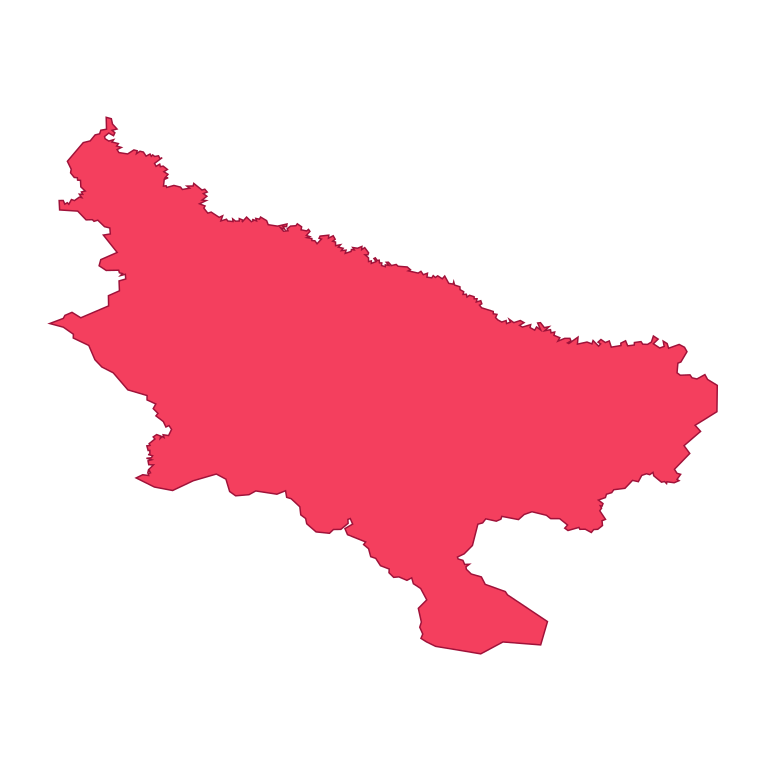 outline of Balzar, Guayas, Ecuador, rotated 269°
{"feature_id": "8360857B55301947791088", "entity_name": "Balzar", "entity_type": "district", "adm_level": 2, "iso_a3": "ECU", "parent_name": "Ecuador", "parent_adm1": "Guayas", "projection": "equal_earth", "projection_center": [-79.85, -1.302], "detail": "fine", "context": "isolated", "style": "filled", "palette": "rose", "viewbox_px": 768, "rotation_deg": 269, "n_neighbors": 0, "source": "geoboundaries", "source_scale": "gbopen_adm2", "svg_char_len": 6132}
<svg xmlns="http://www.w3.org/2000/svg" viewBox="0 0 768 768"><g transform="rotate(269 384 384)"><path d="M655.5,110.9L643.6,111.0L642.7,105.3L639.1,104.0L638.1,99.5L632.2,94.5L630.6,87.5L612.2,71.3L604.2,75.0L600.6,74.3L595.9,77.9L595.6,81.0L593.2,81.2L592.9,84.1L586.4,84.3L582.2,88.6L581.3,84.8L578.9,86.1L579.1,82.7L575.6,85.1L576.2,82.7L572.8,77.7L573.9,74.7L569.2,72.0L570.8,70.5L569.4,68.0L573.1,66.5L573.1,62.4L563.7,62.7L562.2,80.8L553.3,89.0L553.4,95.3L551.7,96.9L552.8,100.7L546.2,107.3L544.8,112.6L538.8,113.0L537.8,106.0L520.2,119.5L513.3,103.0L507.2,101.2L502.4,108.2L502.4,120.7L499.8,121.4L499.0,124.4L497.0,122.4L498.2,127.3L493.5,127.6L491.7,120.9L481.8,121.1L477.1,110.0L466.9,110.0L455.5,82.0L461.1,73.3L458.2,66.2L455.2,64.5L450.3,50.8L446.4,64.4L439.2,74.3L435.4,74.1L427.7,89.5L413.3,95.4L405.9,102.2L399.9,113.5L382.6,127.8L376.6,146.9L372.2,146.8L368.0,155.5L363.4,152.8L358.6,157.5L356.1,155.4L350.3,162.7L344.8,165.2L346.2,168.3L342.3,170.8L336.2,167.7L337.1,162.3L334.3,163.1L335.3,161.3L333.5,159.3L335.8,159.9L337.4,155.8L335.1,152.3L333.0,154.0L328.5,148.1L326.7,149.0L326.3,145.8L321.6,147.0L321.7,148.7L317.8,148.7L317.6,146.9L316.3,151.4L314.3,150.1L313.9,145.2L312.3,150.3L311.3,146.7L307.4,147.4L307.2,152.1L302.4,147.1L300.2,146.5L301.3,148.0L299.3,149.0L298.6,146.7L296.6,147.1L297.5,141.2L294.4,134.5L285.0,152.6L281.2,170.8L290.6,191.6L296.9,214.8L291.6,224.3L279.2,227.8L274.8,233.7L275.7,247.1L279.3,253.9L275.7,275.0L279.0,283.7L272.4,284.7L270.9,289.2L262.7,297.7L254.6,298.5L250.9,303.3L245.6,304.3L237.3,313.5L235.7,326.9L239.4,330.9L239.4,338.3L245.3,345.7L249.2,345.5L250.1,347.9L244.5,350.2L240.1,342.4L234.0,344.9L226.4,362.9L223.8,360.8L219.6,365.7L211.6,367.7L209.8,372.7L202.4,377.3L198.9,386.0L195.2,385.7L190.5,390.3L190.9,395.5L187.3,403.5L189.7,408.3L183.8,409.9L178.9,417.1L167.4,423.0L159.1,414.4L145.3,417.2L140.2,415.5L133.3,418.4L129.0,416.5L125.4,422.0L120.8,431.0L112.5,476.0L124.0,498.4L120.4,536.1L143.6,543.3L171.0,503.8L174.3,501.7L181.9,481.7L189.4,478.0L192.5,467.9L197.3,463.1L199.8,462.8L202.3,466.2L202.2,461.5L206.3,459.8L207.8,455.0L209.7,454.4L212.8,461.2L221.0,469.6L242.2,475.4L243.4,480.2L247.4,483.4L244.9,493.9L246.8,498.5L249.6,499.5L246.1,516.1L251.1,521.9L253.7,529.7L249.9,544.1L246.5,548.2L246.3,557.3L239.8,565.1L236.7,562.2L234.3,565.4L237.2,576.4L235.3,577.3L235.3,582.7L231.9,588.7L234.8,591.1L235.0,595.2L238.7,600.0L243.5,599.6L244.8,603.1L253.5,597.5L256.1,599.4L258.5,598.1L258.1,599.9L260.6,600.9L264.2,596.3L266.6,603.4L269.9,604.5L271.4,609.8L274.3,611.9L275.5,623.1L283.3,630.8L281.9,636.6L288.1,640.1L289.7,644.9L288.7,648.1L290.9,651.4L287.5,652.1L281.0,659.7L281.6,662.8L279.5,664.8L281.3,665.2L280.2,672.4L282.2,677.3L283.5,675.3L288.5,679.0L289.6,675.4L293.7,672.9L309.2,688.5L317.1,682.9L331.1,699.7L337.3,694.3L350.5,716.4L376.8,717.2L382.9,707.6L387.8,705.0L383.6,697.0L384.8,692.1L387.8,690.1L387.6,680.4L390.1,677.2L399.7,678.2L400.8,681.2L411.0,687.5L415.5,685.1L418.4,679.8L414.8,669.2L419.5,667.8L422.0,663.9L416.7,664.8L415.2,660.3L419.5,654.0L424.1,658.9L427.3,654.2L421.3,652.1L419.0,648.2L419.3,643.4L421.9,641.7L421.1,635.1L418.6,634.9L417.9,628.3L423.0,626.3L420.7,621.5L418.3,621.6L416.9,611.9L423.1,610.0L421.6,606.0L424.7,601.7L422.1,598.7L420.3,601.3L418.1,599.2L423.8,593.8L420.5,592.6L422.4,587.7L420.5,578.1L427.5,578.8L421.2,569.5L421.9,568.2L423.8,571.7L426.4,570.7L426.5,565.5L423.8,558.6L427.2,560.6L429.7,554.8L433.0,555.6L432.3,551.9L435.4,551.4L434.4,545.5L438.4,550.0L437.6,545.3L442.6,541.5L442.3,538.7L435.3,541.6L438.4,537.5L435.2,535.6L437.9,531.0L440.8,531.7L438.5,523.4L440.3,520.5L442.9,525.1L445.1,521.4L443.1,514.9L446.5,510.3L443.6,511.5L442.3,507.6L445.3,507.2L443.9,502.8L446.1,498.9L448.5,496.7L451.6,498.2L452.3,494.5L454.6,494.5L458.5,482.9L461.2,480.8L462.5,483.2L465.6,482.2L464.4,477.7L467.6,478.5L467.6,475.7L469.7,475.6L471.2,471.1L469.5,468.5L472.3,467.9L472.2,464.6L474.9,465.3L477.0,461.7L479.9,461.6L481.7,456.3L484.9,455.5L482.7,454.9L483.5,450.5L490.9,446.6L488.2,444.1L491.2,439.6L489.6,437.2L491.5,435.1L489.3,433.6L490.1,428.8L494.0,429.4L492.6,425.2L496.0,422.9L494.3,420.1L496.7,410.2L497.8,412.4L500.6,409.3L501.5,400.1L503.3,398.3L502.3,393.5L505.7,390.5L505.6,388.4L502.5,390.9L503.1,387.4L501.3,387.3L502.5,383.6L505.1,383.9L505.2,381.6L507.9,381.4L507.6,379.4L510.3,377.5L509.6,376.1L506.5,378.2L504.8,373.4L507.3,373.5L506.7,370.7L510.4,370.7L513.5,367.3L513.5,370.2L515.4,370.9L520.7,367.1L518.7,364.0L521.9,364.3L520.2,359.9L521.0,355.1L518.6,356.6L519.0,353.8L517.1,353.4L515.3,347.5L518.5,348.4L518.1,343.7L520.4,345.5L521.7,340.7L524.0,342.9L523.2,338.0L526.8,338.0L527.6,335.2L529.6,337.7L533.1,335.8L530.8,331.0L533.8,331.4L533.0,322.7L530.8,321.6L530.0,324.0L525.4,319.5L528.4,317.4L528.7,314.4L530.7,314.4L531.7,309.5L532.7,312.3L533.9,309.0L537.9,312.6L539.9,311.2L538.4,309.4L539.6,303.8L542.6,304.4L545.7,300.1L543.8,298.7L543.5,293.3L540.8,289.9L538.9,290.7L538.5,286.2L542.0,283.3L540.5,287.4L543.3,285.8L543.0,289.3L545.7,289.8L543.7,280.3L545.3,271.0L549.4,269.5L553.1,263.5L551.0,262.4L551.8,258.7L549.3,259.4L551.0,255.2L549.7,256.4L548.6,254.2L553.3,249.5L548.3,244.9L550.3,245.8L551.9,242.2L549.5,242.1L549.4,238.4L551.7,235.6L549.1,235.9L549.7,230.6L551.5,229.4L549.9,223.7L555.0,225.6L553.5,222.1L558.9,214.2L557.9,210.8L563.0,206.9L565.1,208.2L567.4,202.7L570.5,209.4L571.1,205.3L574.8,210.2L577.5,206.7L579.0,210.6L581.9,208.2L581.1,205.4L587.9,197.3L585.3,196.6L585.3,190.4L583.2,193.1L582.0,185.8L584.4,184.0L586.2,177.4L584.3,170.2L586.0,169.6L585.7,167.0L592.3,167.8L594.0,171.8L594.0,168.7L597.4,171.7L600.1,167.6L602.3,171.2L605.7,167.0L605.2,164.2L607.7,163.6L605.6,159.9L608.6,158.4L614.2,166.2L613.1,164.0L616.1,162.5L615.5,158.7L617.1,156.7L615.7,155.3L618.0,154.1L616.0,150.1L620.1,147.5L621.0,144.1L618.6,140.5L621.5,141.3L622.4,138.0L618.5,131.7L620.0,123.0L623.0,121.2L625.1,125.5L626.6,120.8L629.0,122.6L630.7,116.2L633.0,117.9L631.7,113.1L634.1,109.4L636.3,108.9L639.7,113.2L637.0,117.9L639.9,119.3L642.4,116.5L643.6,121.5L648.6,117.1L654.0,116.0L655.5,110.9Z" fill="#f43f5e" stroke="#9f1239" stroke-width="1.5"/></g></svg>